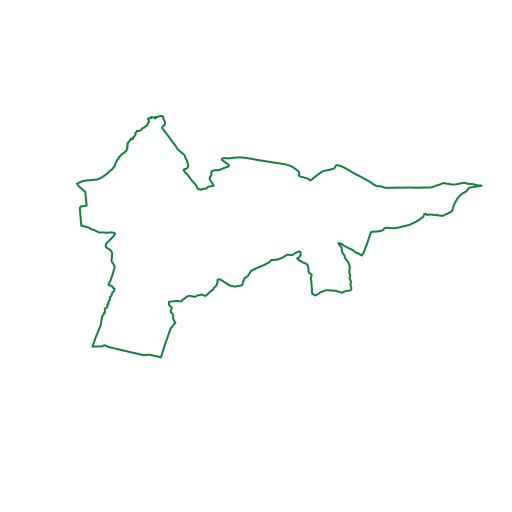 Ikela, Équateur, Democratic Republic of the Congo, rotated 108°
{"feature_id": "63176286B75913983063727", "entity_name": "Ikela", "entity_type": "district", "adm_level": 2, "iso_a3": "COD", "parent_name": "Democratic Republic of the Congo", "parent_adm1": "Équateur", "projection": "equal_earth", "projection_center": [23.073, -0.987], "detail": "fine", "context": "isolated", "style": "outline", "palette": "green", "viewbox_px": 512, "rotation_deg": 108, "n_neighbors": 0, "source": "geoboundaries", "source_scale": "gbopen_adm2", "svg_char_len": 6133}
<svg xmlns="http://www.w3.org/2000/svg" viewBox="0 0 512 512"><g transform="rotate(108 256 256)"><path d="M152.0,389.6L152.4,389.8L152.9,391.2L153.6,391.9L154.3,392.9L154.6,394.2L155.7,393.9L156.3,394.2L156.3,394.5L155.8,395.7L156.2,398.6L156.4,398.7L156.9,398.3L157.2,398.4L158.3,400.9L159.1,401.0L159.7,400.1L160.5,399.9L161.5,399.2L163.0,399.8L165.1,399.7L165.5,399.8L166.3,400.9L167.8,401.8L168.4,401.9L169.3,403.2L171.3,404.1L172.5,405.0L173.0,405.6L174.0,407.9L175.4,408.1L176.2,408.7L176.7,408.7L177.8,408.0L178.7,408.2L180.3,408.9L180.8,409.5L181.5,409.5L182.5,409.2L183.0,409.4L183.3,409.8L183.1,410.3L183.2,411.3L184.8,411.5L188.2,413.0L188.4,412.7L189.4,412.5L190.6,412.6L191.5,412.0L192.6,412.1L193.5,411.6L194.1,412.0L195.5,411.7L196.4,411.9L197.0,412.7L198.5,413.1L200.1,414.7L203.2,416.1L203.9,416.8L206.1,416.9L207.3,417.7L209.0,417.8L210.2,418.2L214.7,418.3L216.1,419.0L218.6,419.9L219.2,420.6L224.3,423.5L228.3,426.4L231.4,429.5L232.6,431.2L235.0,437.1L236.1,439.0L236.5,440.8L237.9,442.8L238.4,444.1L239.1,445.0L239.9,445.7L240.8,447.1L241.6,447.3L242.5,448.5L244.5,446.1L247.7,438.3L260.2,432.7L261.7,435.0L263.1,438.0L264.9,438.4L281.2,431.5L280.9,430.3L281.0,428.7L280.8,426.8L280.8,422.5L281.3,422.2L281.5,421.7L281.4,420.8L281.5,420.0L281.2,418.8L282.1,413.0L281.6,410.7L281.0,409.5L280.0,405.0L278.5,401.8L277.8,398.4L278.2,397.0L280.4,397.2L291.0,402.5L293.2,402.0L294.2,400.8L295.3,396.6L296.4,394.9L297.9,393.6L303.2,392.3L304.8,392.1L306.1,391.2L308.7,387.9L310.5,386.9L318.7,386.7L324.4,386.8L328.1,387.5L329.1,387.2L329.2,383.5L330.4,382.3L330.8,380.4L333.4,380.3L334.9,381.3L336.4,381.2L337.5,381.5L337.9,381.2L338.6,381.2L340.3,382.1L342.4,381.5L346.0,382.3L346.8,381.6L347.5,381.5L348.3,382.3L350.7,381.6L351.2,381.8L352.3,383.2L354.1,383.3L355.9,382.3L356.6,382.3L357.0,382.9L359.4,382.9L360.4,383.6L367.1,382.8L369.6,382.3L372.6,382.5L375.9,382.8L383.0,383.3L391.0,383.5L392.0,383.6L392.6,383.4L389.8,375.1L387.6,372.4L388.1,367.7L386.4,347.4L385.0,332.0L382.8,327.1L381.7,315.1L369.5,315.2L351.3,314.8L344.3,312.1L342.8,314.1L341.1,315.5L338.1,316.4L337.3,316.9L336.3,318.3L335.6,319.8L334.8,320.1L331.7,320.0L330.9,320.6L330.3,322.2L329.5,323.1L329.2,323.8L326.5,324.6L323.2,317.6L322.7,314.2L321.8,312.7L320.8,312.5L315.6,308.8L314.4,307.1L313.8,301.5L311.9,299.8L309.5,295.9L309.6,291.9L309.0,291.2L304.9,289.0L301.1,286.4L299.8,286.4L296.4,284.6L293.1,284.4L290.6,285.2L289.7,284.4L289.4,282.5L292.2,271.5L291.6,266.6L288.1,260.2L284.5,260.2L280.6,260.0L278.0,257.8L271.4,255.9L266.1,250.3L262.2,245.6L257.3,241.0L255.3,240.5L253.1,235.1L251.4,232.7L250.9,232.2L249.9,230.8L245.2,226.8L244.7,225.1L244.0,221.7L241.9,220.3L238.4,216.6L238.6,214.9L241.3,213.9L243.7,214.4L245.4,216.0L245.9,215.8L246.1,214.8L246.9,213.8L247.1,212.6L247.0,211.4L247.7,209.4L247.8,206.4L248.5,204.4L248.9,203.8L250.3,203.0L253.4,201.5L254.8,201.2L255.5,200.3L256.2,198.2L256.8,197.1L260.7,197.0L262.4,195.8L267.2,193.9L269.7,192.7L272.3,192.0L274.6,190.7L275.2,187.5L273.8,186.0L270.4,183.2L266.8,178.7L264.5,169.5L264.3,162.6L263.1,161.7L261.2,159.1L260.2,156.7L259.6,155.8L258.6,155.1L257.0,155.4L253.5,157.6L251.4,157.5L250.6,158.0L249.1,159.5L247.8,160.2L245.5,160.3L242.8,162.3L237.0,163.5L233.2,166.6L230.6,170.5L228.2,172.1L225.9,175.1L221.6,177.3L220.5,178.7L219.1,181.0L218.3,181.4L218.0,179.3L218.1,178.1L219.2,174.9L219.4,172.7L220.0,170.6L220.0,168.9L220.6,165.1L222.0,162.0L221.7,160.1L222.4,157.6L222.8,155.6L219.6,154.7L217.3,154.5L214.7,154.6L211.4,154.2L197.9,154.1L197.1,153.0L194.9,147.6L193.5,144.9L192.0,143.1L190.0,142.4L189.3,141.6L188.7,140.3L188.3,138.9L187.8,136.5L187.2,134.2L186.0,131.1L179.1,119.8L176.6,117.2L174.3,114.7L170.5,111.4L168.5,110.5L167.8,109.5L166.9,109.0L164.2,108.9L163.5,107.8L163.6,107.2L164.1,106.1L163.0,103.9L162.2,101.5L161.9,98.2L161.0,97.2L160.9,96.7L161.2,95.5L160.1,90.7L158.4,89.2L156.3,86.7L153.3,83.9L152.7,83.5L144.6,83.4L139.2,82.2L135.5,80.8L132.6,78.8L130.4,76.8L129.1,75.7L127.1,75.2L124.9,73.9L119.5,63.5L119.4,63.7L120.5,67.6L120.4,69.2L120.7,72.4L121.9,76.9L121.8,79.6L122.3,81.3L123.5,83.5L125.0,86.1L126.2,88.2L126.7,89.3L127.1,90.6L127.6,92.1L127.8,94.6L128.2,96.6L128.6,100.0L129.0,100.8L130.9,102.8L132.8,105.5L135.6,109.1L136.4,110.3L137.0,111.4L139.9,120.0L140.6,121.7L143.8,132.2L145.9,138.2L147.2,142.5L148.1,144.9L150.8,152.8L151.1,154.1L151.3,155.6L151.1,158.0L151.2,159.1L152.0,161.6L152.1,163.0L152.0,164.2L151.5,166.8L150.8,168.9L150.1,171.6L149.4,174.8L148.8,178.4L148.3,180.4L147.5,185.8L146.9,189.1L144.7,199.0L144.3,202.7L144.3,204.0L144.4,206.2L144.6,207.1L145.3,207.8L146.4,208.2L147.1,208.2L147.8,208.4L148.5,208.8L149.2,209.5L151.9,213.6L153.3,216.2L153.8,217.4L155.4,219.3L157.3,220.7L158.2,221.3L159.5,222.4L162.1,224.1L163.6,225.2L165.4,226.1L166.2,226.6L166.7,227.0L167.0,227.4L167.1,228.0L167.1,228.6L166.7,229.6L166.5,230.4L166.4,231.4L166.5,234.8L166.7,236.0L166.7,238.6L166.6,239.3L166.4,239.8L166.0,240.2L164.8,240.1L163.5,240.6L162.5,241.6L161.9,242.9L161.3,244.7L160.1,248.4L159.7,250.8L159.6,254.3L159.9,257.3L161.9,269.7L162.8,275.5L164.3,285.0L165.1,291.4L166.5,299.4L167.0,301.2L168.4,305.2L170.8,310.1L171.7,312.6L172.1,313.7L172.6,316.3L173.3,317.6L174.2,318.4L174.8,318.3L175.3,317.7L176.1,315.2L177.3,311.3L177.7,310.3L178.0,309.9L178.5,309.7L179.1,309.8L179.7,310.3L180.3,311.0L182.6,314.1L184.4,316.0L185.7,317.7L186.6,319.8L186.9,320.9L187.2,321.8L188.7,324.0L189.1,324.4L189.9,324.4L190.6,324.3L191.9,323.6L192.8,323.4L193.6,323.6L195.2,324.2L195.8,324.3L196.4,324.2L197.7,323.2L201.8,318.3L202.3,318.1L202.7,318.7L204.6,322.3L205.5,323.2L207.4,324.4L208.6,327.3L209.9,328.8L210.1,329.4L210.0,330.6L210.2,331.7L209.7,332.6L208.4,333.6L207.3,334.8L206.4,336.2L204.7,339.3L202.2,343.1L199.6,346.5L199.0,348.0L198.4,349.2L196.6,351.5L196.1,351.3L194.5,349.3L193.4,348.4L191.1,348.3L186.4,351.2L184.9,353.1L184.2,353.7L182.9,354.4L182.0,355.5L179.5,361.6L178.5,363.7L175.6,367.2L171.4,373.3L169.7,375.4L167.1,379.4L165.9,380.9L163.6,384.4L162.7,385.0L162.0,384.9L160.0,383.6L158.9,383.4L157.2,383.7L156.5,384.1L154.9,385.8L152.3,387.5L152.0,389.6Z" fill="none" stroke="#15803d" stroke-width="2"/></g></svg>